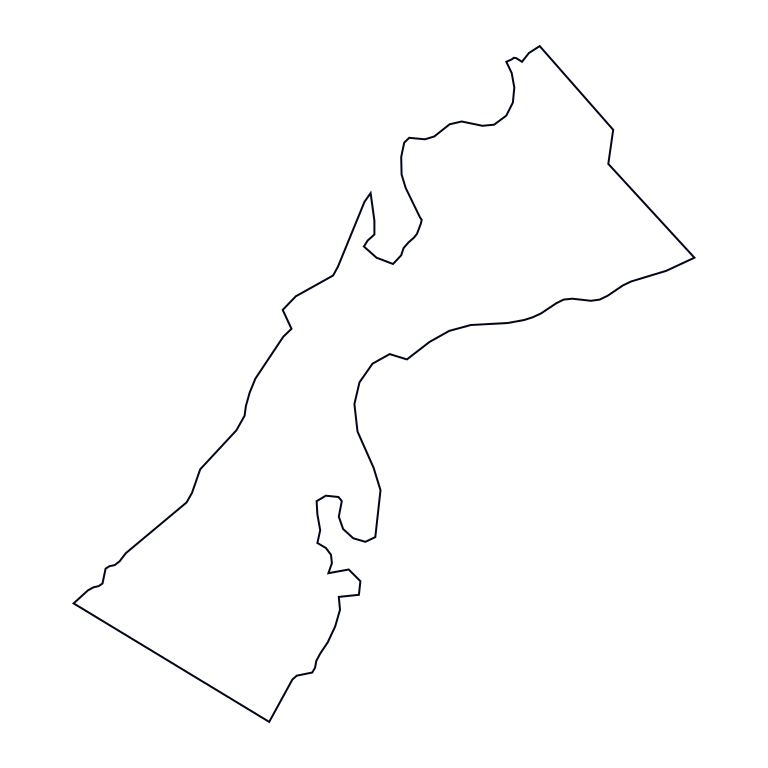 map outline of Puerto Princesa (Robinson projection)
{"feature_id": "PHL-5533", "entity_name": "Puerto Princesa", "entity_type": "Highly Urbanized City", "adm_level": 1, "iso_a3": "PHL", "parent_name": "Philippines", "parent_adm1": "", "projection": "robinson", "projection_center": [118.779, 9.911], "detail": "fine", "context": "isolated", "style": "outline", "palette": "ink", "viewbox_px": 768, "rotation_deg": 0, "n_neighbors": 0, "source": "natural_earth", "source_scale": "10m", "svg_char_len": 1553}
<svg xmlns="http://www.w3.org/2000/svg" viewBox="0 0 768 768"><path d="M73.6,603.4L87.9,590.4L93.5,587.3L98.7,586.1L102.5,583.5L105.6,568.6L109.5,566.2L114.7,565.1L119.6,561.3L125.9,553.1L186.6,502.4L192.0,492.9L200.2,469.3L236.4,430.3L244.6,415.7L245.9,406.0L249.7,392.5L255.4,378.6L283.3,336.7L291.5,328.8L282.7,309.9L295.8,296.3L333.1,275.5L337.9,266.8L364.5,201.8L370.6,193.1L374.4,220.6L374.4,234.5L367.7,240.5L363.9,246.5L376.5,257.7L393.0,264.0L401.2,255.3L403.5,248.2L408.4,242.5L413.8,237.8L416.9,234.0L420.9,223.5L421.7,219.9L420.0,217.4L405.7,188.0L401.6,174.6L401.2,157.0L404.2,142.7L409.2,137.8L424.9,139.3L434.2,136.5L449.6,124.3L461.7,121.5L482.5,125.8L494.1,124.7L506.3,115.6L512.9,102.5L514.3,87.5L511.7,73.0L506.3,61.8L511.6,59.5L513.8,57.8L516.2,58.1L522.0,61.8L528.9,53.0L539.7,46.1L613.2,129.8L608.3,163.9L694.4,257.7L666.3,270.8L631.3,281.4L622.9,285.4L607.7,295.7L599.7,299.6L590.9,300.8L572.3,298.7L563.6,299.6L556.2,303.3L540.9,313.5L532.4,317.4L524.1,320.0L507.7,323.0L470.8,325.0L449.2,330.9L429.4,342.0L406.9,359.4L389.6,354.1L372.5,363.7L359.5,382.3L354.4,404.1L357.5,431.5L373.6,467.8L380.5,490.2L375.3,537.1L365.4,541.8L353.3,538.3L343.1,529.0L338.8,516.7L341.8,501.1L338.5,497.0L325.8,495.7L316.6,501.2L317.4,514.5L320.2,530.2L317.4,543.0L325.9,548.0L331.0,554.8L331.9,563.2L328.4,573.2L348.7,569.5L360.4,581.2L358.9,594.8L338.8,596.9L340.0,609.8L335.2,626.4L327.7,642.4L320.3,653.4L316.3,660.9L315.1,667.6L312.3,672.5L296.7,675.7L292.4,679.5L269.2,721.9L73.6,603.4Z" fill="none" stroke="#020617" stroke-width="2"/></svg>